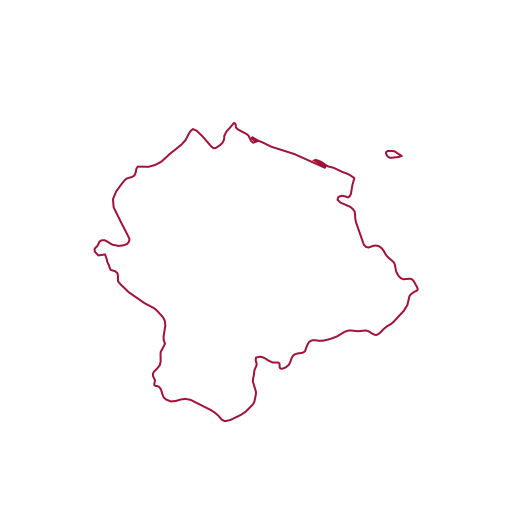 an SVG outline of La Araucanía, rotated 128°
{"feature_id": "CHL-2700", "entity_name": "La Araucanía", "entity_type": "Region", "adm_level": 1, "iso_a3": "CHL", "parent_name": "Chile", "parent_adm1": "", "projection": "equal_earth", "projection_center": [-72.302, -38.69], "detail": "fine", "context": "isolated", "style": "outline", "palette": "rose", "viewbox_px": 512, "rotation_deg": 128, "n_neighbors": 0, "source": "natural_earth", "source_scale": "10m", "svg_char_len": 4099}
<svg xmlns="http://www.w3.org/2000/svg" viewBox="0 0 512 512"><g transform="rotate(128 256 256)"><path d="M405.3,178.8L405.9,181.5L406.0,181.9L406.1,182.2L406.0,182.6L405.0,187.4L404.8,191.7L405.1,196.1L409.6,218.9L412.1,223.8L415.7,227.2L419.7,230.0L423.0,233.5L424.5,238.7L424.2,241.6L423.1,243.8L420.3,247.8L419.2,249.9L419.0,250.8L418.9,252.4L419.2,253.6L419.8,254.5L420.3,255.4L420.2,256.8L419.6,257.3L416.3,258.9L415.7,259.8L414.1,263.1L412.4,264.7L410.0,265.2L405.4,264.6L401.3,264.6L398.0,266.1L391.7,271.1L390.0,272.1L381.9,273.5L381.0,273.9L380.5,274.8L379.1,276.9L376.3,279.3L366.5,284.7L363.3,287.9L361.6,291.4L360.0,300.5L359.9,304.3L361.8,314.8L362.9,334.0L361.7,345.6L360.9,349.0L358.8,351.0L356.5,352.5L354.8,354.8L354.7,357.5L356.4,362.0L355.4,364.1L354.1,365.8L352.1,369.7L350.5,371.5L347.7,375.9L352.6,380.6L351.8,385.7L350.0,387.5L348.2,387.6L346.2,387.2L343.9,387.5L341.3,388.2L339.5,387.8L337.9,386.5L337.0,385.4L336.9,385.1L336.8,384.7L336.6,384.3L336.5,383.9L336.2,382.0L336.0,380.2L335.8,378.3L335.5,376.4L335.3,375.8L335.0,375.1L334.7,374.5L334.4,373.9L334.0,373.1L333.6,372.3L333.2,371.5L332.8,370.7L332.3,370.2L331.9,369.7L331.4,369.2L330.9,368.7L330.5,368.2L330.0,367.8L329.6,367.4L329.1,367.0L328.7,366.7L328.3,366.4L327.8,366.1L327.4,365.8L327.0,365.6L326.5,365.4L326.1,365.1L325.6,364.9L324.9,364.9L323.2,365.0L321.4,365.5L320.2,366.6L317.1,373.2L313.1,381.9L308.9,390.7L305.3,398.1L299.3,403.7L291.3,405.9L283.3,406.2L277.8,406.2L274.8,405.7L272.5,404.2L270.2,402.4L267.4,401.4L264.2,402.2L261.2,403.9L258.4,404.2L255.9,401.0L252.0,395.7L246.3,391.5L240.0,388.7L234.6,387.7L228.7,386.8L221.3,385.0L213.9,383.3L207.9,382.9L203.5,383.7L200.1,384.3L197.4,384.5L194.9,383.9L193.8,379.9L194.6,372.1L196.2,363.9L197.3,358.3L197.2,355.8L195.8,354.3L193.4,353.4L190.4,352.5L187.4,352.1L184.8,352.6L183.1,353.4L182.4,353.8L182.0,354.1L181.6,354.4L181.2,354.7L180.8,355.0L179.5,355.2L178.3,355.5L177.1,355.7L175.8,355.9L173.1,355.7L170.3,355.5L167.5,355.4L164.7,355.2L164.4,354.3L165.0,352.8L166.0,352.0L167.0,351.0L167.4,349.0L167.0,345.6L165.7,338.9L165.8,335.9L168.3,330.8L168.5,328.0L165.7,326.2L166.0,329.9L165.5,332.0L164.7,331.9L163.9,325.8L162.5,320.9L160.5,311.3L152.0,288.4L144.1,256.2L143.3,256.2L143.7,262.8L144.8,268.9L143.7,268.3L142.9,266.7L141.8,263.0L141.5,260.1L141.4,257.1L141.0,254.3L138.7,249.1L136.6,239.7L135.1,235.2L134.5,232.7L134.0,226.1L134.1,226.5L134.2,226.4L140.8,223.7L148.7,219.4L151.4,219.0L153.1,219.5L154.5,223.3L155.5,225.2L157.7,226.9L159.3,227.4L161.5,226.3L161.9,222.3L159.2,211.8L159.4,208.3L160.3,205.6L161.9,203.9L165.5,200.7L167.7,198.2L180.7,178.0L181.1,174.8L180.0,172.5L175.6,169.7L173.8,167.8L172.6,165.1L172.5,161.9L173.3,158.5L174.6,155.6L175.5,152.8L175.8,149.8L175.9,146.5L176.3,143.0L177.7,140.8L182.0,136.0L184.0,131.3L184.3,128.2L183.6,125.6L179.0,120.6L178.3,118.5L178.6,116.6L181.5,109.6L182.6,108.1L183.7,107.8L185.1,108.3L186.8,109.2L188.8,109.9L191.3,110.4L193.3,110.3L201.5,106.5L208.2,105.8L223.5,107.1L226.3,107.7L230.5,109.4L235.2,110.5L239.5,110.9L242.0,111.5L244.0,112.4L245.1,114.1L245.6,116.3L245.8,118.8L246.2,121.7L247.4,124.0L251.5,128.2L253.2,130.4L256.2,135.3L258.0,137.4L261.2,139.5L269.4,142.6L275.1,146.0L280.2,149.9L282.0,151.7L283.7,153.7L286.5,158.3L287.7,159.6L289.2,160.6L291.0,161.2L293.2,161.0L297.1,160.1L299.6,159.1L301.0,158.8L302.8,159.3L304.6,160.6L306.5,162.6L308.9,164.5L311.4,165.4L314.1,165.2L319.1,163.5L321.8,163.2L325.3,163.9L327.6,165.2L329.1,166.4L329.6,167.6L329.4,168.6L328.4,169.5L326.5,171.0L326.2,171.7L326.3,172.9L329.6,177.2L330.3,179.8L330.8,182.5L331.1,186.0L332.0,189.3L333.4,191.4L336.1,193.4L338.2,192.2L340.7,189.0L342.3,188.1L346.5,187.1L348.4,186.1L350.3,184.8L354.6,182.7L356.8,181.3L362.0,173.8L363.3,172.2L364.9,171.0L371.4,167.8L373.2,167.3L375.0,167.1L385.2,168.3L390.8,170.2L400.7,175.1L401.9,175.9L405.2,178.7L405.3,178.8ZM95.3,209.8L96.1,210.8L96.5,213.4L95.8,215.6L95.1,216.7L94.3,217.3L93.6,217.4L92.2,216.8L90.4,214.8L88.3,211.5L88.0,209.4L88.0,206.7L87.5,204.3L87.6,203.0L90.1,204.5L95.3,209.8Z" fill="none" stroke="#9f1239" stroke-width="2"/></g></svg>